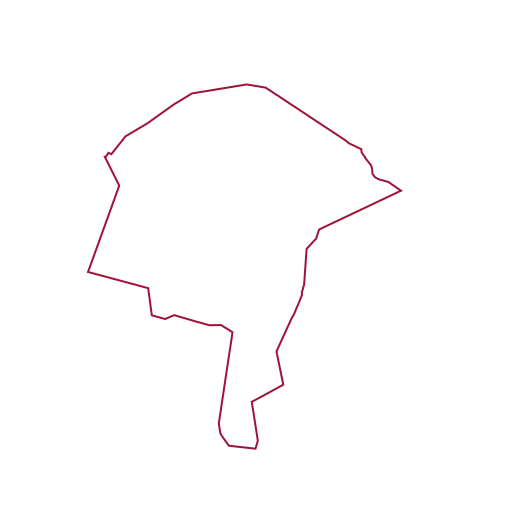 the district of Santa María Jalapa del Marqués, Oaxaca, Mexico, rotated 245°
{"feature_id": "50627088B47200776133604", "entity_name": "Santa María Jalapa del Marqués", "entity_type": "district", "adm_level": 2, "iso_a3": "MEX", "parent_name": "Mexico", "parent_adm1": "Oaxaca", "projection": "robinson", "projection_center": [-95.524, 16.507], "detail": "fine", "context": "isolated", "style": "outline", "palette": "rose", "viewbox_px": 512, "rotation_deg": 245, "n_neighbors": 0, "source": "geoboundaries", "source_scale": "gbopen_adm2", "svg_char_len": 1096}
<svg xmlns="http://www.w3.org/2000/svg" viewBox="0 0 512 512"><g transform="rotate(245 256 256)"><path d="M377.6,161.8L365.0,149.3L320.7,105.2L312.5,97.0L274.0,142.8L272.4,144.7L246.3,136.5L237.3,147.0L237.0,156.8L222.0,173.9L213.0,184.4L208.2,195.1L196.9,202.5L190.6,198.4L173.8,187.2L167.8,183.2L119.9,151.5L110.6,148.8L106.2,149.2L105.8,149.3L101.4,150.1L95.7,151.2L95.5,151.3L93.2,155.0L81.6,174.1L87.8,179.6L119.2,188.7L125.6,190.5L125.8,193.9L127.8,226.3L129.8,226.8L136.0,228.3L160.8,234.2L184.2,261.6L186.9,265.5L196.3,275.9L201.5,281.4L203.6,282.1L210.0,287.7L219.3,292.8L241.1,304.9L245.2,314.9L246.4,317.9L248.9,320.2L253.3,324.4L253.3,324.5L253.3,325.4L253.4,328.9L253.9,413.1L253.9,415.0L267.2,407.2L273.4,399.9L277.0,397.2L281.2,396.3L287.0,398.4L290.0,398.5L298.6,396.4L299.7,396.7L301.6,396.1L305.4,395.5L308.3,396.6L318.7,388.0L323.6,385.6L360.9,362.6L362.7,361.6L404.5,335.9L407.4,331.7L415.4,320.1L430.4,266.7L428.1,245.6L422.1,213.4L421.1,203.1L419.6,188.3L409.4,167.9L411.9,165.9L409.6,162.2L409.8,160.9L377.6,161.8Z" fill="none" stroke="#9f1239" stroke-width="2"/></g></svg>